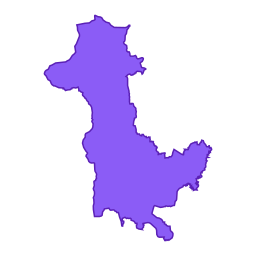 the district of Wang Wiset, Trang, Thailand
{"feature_id": "78962969B96586587830005", "entity_name": "Wang Wiset", "entity_type": "district", "adm_level": 2, "iso_a3": "THA", "parent_name": "Thailand", "parent_adm1": "Trang", "projection": "orthographic", "projection_center": [99.462, 7.753], "detail": "fine", "context": "isolated", "style": "filled", "palette": "violet", "viewbox_px": 256, "rotation_deg": 0, "n_neighbors": 0, "source": "geoboundaries", "source_scale": "gbopen_adm2", "svg_char_len": 5877}
<svg xmlns="http://www.w3.org/2000/svg" viewBox="0 0 256 256"><path d="M95.2,15.4L94.8,15.5L94.7,16.2L95.0,19.6L93.8,20.4L92.0,20.8L89.4,22.9L84.8,23.3L76.8,24.9L77.4,26.9L77.6,30.2L79.4,34.1L79.5,36.1L76.4,43.9L74.8,46.3L75.7,52.2L74.3,53.9L72.4,55.4L70.2,58.9L68.8,60.2L67.3,60.8L65.8,61.9L55.6,63.0L51.9,65.1L49.9,65.8L48.3,69.2L46.2,70.3L45.1,71.4L44.4,73.3L44.6,74.4L46.1,75.9L48.0,79.6L50.2,80.9L51.3,83.6L52.1,84.7L53.8,85.9L54.9,85.9L58.8,87.7L63.4,88.0L63.1,88.8L64.4,89.1L65.4,90.5L67.7,89.9L70.2,89.7L70.5,89.2L71.8,88.8L71.9,88.1L73.8,87.6L75.8,88.0L78.1,87.1L78.8,89.2L78.8,90.8L80.0,91.0L80.9,91.9L82.8,92.6L82.5,94.7L82.7,95.4L84.6,97.3L84.9,98.1L85.7,98.4L87.1,100.9L88.3,101.8L88.7,103.9L90.5,105.2L91.6,107.3L92.4,112.7L92.0,115.7L92.2,117.7L91.8,118.4L92.8,119.8L91.9,121.0L91.9,121.6L93.1,123.7L92.8,127.0L92.2,128.7L89.5,131.6L85.7,133.6L85.2,134.8L85.2,137.2L83.2,140.0L82.5,143.1L83.7,147.4L85.9,151.1L87.5,152.9L87.4,153.6L86.3,154.9L86.0,156.2L88.1,159.3L88.8,161.4L90.1,162.6L91.6,163.0L93.8,162.8L94.5,163.3L94.8,169.7L95.1,171.3L96.4,173.5L96.6,174.6L96.2,176.4L96.5,178.4L95.8,179.2L95.6,180.4L94.2,181.1L93.9,181.7L94.3,185.6L93.3,188.5L93.6,189.8L94.4,191.4L94.5,193.5L94.3,195.3L93.3,197.7L93.8,199.6L94.0,203.2L93.3,205.9L93.4,209.5L94.5,216.5L99.5,216.5L101.3,216.0L102.1,215.3L102.6,211.9L104.1,209.9L104.4,208.9L108.9,208.2L109.8,209.7L110.6,210.2L113.5,209.9L114.5,210.3L115.1,211.3L116.3,211.5L116.9,212.6L118.4,212.5L119.6,217.2L121.2,221.4L121.8,225.9L122.6,226.1L122.8,224.5L123.7,223.0L123.8,221.8L123.7,221.2L122.6,221.0L122.1,219.0L122.5,218.4L125.0,217.3L126.5,218.5L127.7,218.1L128.7,218.5L130.5,218.3L131.1,218.9L131.1,220.2L133.7,221.1L134.8,222.2L135.4,223.5L136.9,223.3L137.0,224.5L136.4,225.7L136.7,227.9L138.8,229.0L142.0,229.5L141.7,229.2L143.5,227.1L143.4,226.0L143.9,225.5L143.8,224.9L143.5,225.1L143.2,224.8L143.0,223.5L147.4,222.6L149.1,222.7L150.5,223.4L156.0,228.4L156.6,230.3L156.8,234.5L157.8,236.5L159.2,237.2L164.1,237.1L163.6,238.3L164.9,240.6L165.2,240.6L165.7,240.0L166.1,240.4L166.6,239.9L167.4,239.9L167.6,240.2L168.5,239.7L168.9,240.2L172.1,237.9L172.8,235.9L173.0,233.8L172.4,232.4L171.0,231.3L170.4,230.2L170.0,226.2L167.9,226.2L166.2,225.2L166.1,224.5L164.4,223.8L164.6,222.1L163.0,222.1L162.3,220.3L161.4,219.3L159.2,218.1L156.9,217.7L152.1,213.9L152.0,213.1L153.9,206.3L154.7,205.6L160.5,207.4L163.1,207.0L164.4,206.5L165.1,206.7L166.0,205.9L167.8,206.4L169.8,206.1L170.6,206.6L173.2,205.5L174.4,205.4L175.2,201.3L176.2,200.5L176.6,199.4L177.1,191.6L177.6,190.6L179.3,188.5L183.0,186.7L183.4,185.4L184.9,185.2L185.3,185.7L185.6,185.1L186.4,185.8L187.3,185.4L186.8,184.1L187.8,183.9L188.1,183.3L188.9,183.5L188.7,184.1L189.9,184.1L189.5,184.6L190.1,185.3L190.4,185.0L190.8,185.5L191.5,185.4L191.0,186.8L190.0,187.2L191.2,188.3L192.2,187.1L192.7,187.1L192.8,187.5L192.3,187.8L192.3,188.8L192.8,188.3L193.4,188.5L193.4,190.4L195.0,189.8L197.1,190.0L196.4,188.6L198.3,186.4L198.5,185.1L198.1,184.6L197.0,184.8L196.6,184.4L197.7,183.7L198.4,182.0L198.0,181.7L196.2,183.1L195.9,183.1L196.9,181.6L196.2,178.8L198.4,178.6L198.4,178.1L197.5,177.4L198.0,176.6L199.5,176.2L199.3,177.5L199.8,178.0L201.8,176.7L201.8,176.0L201.0,175.1L200.6,174.1L201.1,172.3L201.4,172.0L202.0,172.6L202.6,170.9L204.9,169.8L204.5,168.4L205.8,166.9L205.6,164.1L206.0,163.3L206.0,162.4L207.1,160.9L206.1,160.3L206.4,159.4L206.2,158.1L207.0,157.5L208.4,157.4L207.1,156.7L207.3,154.7L208.5,155.0L208.3,154.1L209.2,153.5L208.7,152.4L208.9,151.2L209.3,151.3L209.7,152.3L210.4,152.4L210.3,150.9L211.6,149.7L211.4,148.4L210.9,147.6L210.1,148.1L209.6,148.0L209.3,145.8L208.9,145.8L208.5,146.8L206.6,146.6L205.6,144.6L204.0,142.8L203.3,140.7L201.7,140.2L201.2,142.2L200.8,142.1L200.5,142.5L199.4,144.1L199.5,144.7L197.3,144.6L196.9,141.9L195.6,142.5L195.0,142.0L194.0,142.8L193.3,142.8L190.8,144.0L189.6,145.8L189.5,146.6L188.7,147.2L188.7,148.0L188.0,148.0L188.2,149.5L186.9,149.7L186.2,149.3L184.6,149.3L185.1,149.8L185.1,150.3L184.1,151.1L183.7,152.7L183.3,153.2L183.7,153.7L183.5,154.7L182.8,154.7L181.5,154.2L174.0,149.4L172.8,152.6L172.3,155.2L171.1,156.8L169.3,156.7L168.6,157.7L166.5,157.7L165.0,158.0L164.6,154.5L165.1,153.5L164.9,152.9L161.2,153.4L161.0,154.1L159.4,153.8L158.7,154.5L158.2,154.5L158.5,152.4L157.1,151.6L156.2,150.3L156.4,148.2L157.0,148.0L157.1,147.2L156.4,146.9L156.2,146.2L155.0,146.0L155.0,145.5L154.3,145.3L153.9,144.5L154.1,144.1L153.2,142.8L153.4,141.8L153.0,141.4L151.7,141.7L151.5,141.3L150.1,141.7L149.9,141.2L150.2,139.0L149.7,138.2L150.0,137.2L148.6,137.0L148.5,137.3L147.3,137.6L146.4,137.6L146.2,136.5L145.0,136.6L143.9,135.7L143.3,134.5L142.0,134.5L141.7,135.8L140.2,135.4L139.4,134.0L137.3,134.1L137.1,133.1L136.2,132.6L136.1,129.3L135.1,125.8L133.5,125.6L133.3,125.2L133.7,121.6L134.0,120.2L134.4,119.7L134.4,118.3L136.1,117.5L136.3,116.3L135.9,114.2L136.3,111.2L135.8,110.2L135.9,108.8L135.7,108.1L133.9,106.3L133.1,103.6L132.1,103.4L131.4,103.5L131.3,104.0L129.8,103.9L129.4,100.9L129.7,100.0L129.4,99.2L129.6,96.8L129.2,95.4L129.4,93.5L129.0,92.7L129.0,91.1L127.6,85.6L127.6,78.6L127.1,77.0L126.0,76.5L128.0,74.6L129.8,74.0L131.1,75.2L132.9,74.9L132.9,74.5L134.8,73.8L135.0,73.0L135.9,73.0L136.3,71.8L137.2,71.3L140.8,71.6L141.4,72.2L142.1,74.1L142.8,73.5L144.2,69.9L145.7,69.3L145.8,68.9L144.6,68.1L141.6,67.5L140.2,63.1L140.4,62.6L142.2,61.5L143.2,59.6L143.3,58.4L142.7,57.8L141.8,57.7L138.5,58.8L137.5,58.8L136.5,57.7L136.4,56.7L135.5,55.5L133.1,56.2L130.5,56.1L130.0,55.4L129.8,53.4L129.2,51.9L127.8,51.9L126.9,51.2L126.6,50.1L126.6,49.3L127.0,48.4L126.6,45.5L124.4,44.1L123.7,43.1L123.7,42.1L124.6,41.2L125.0,39.8L125.2,35.4L126.4,33.6L127.0,29.8L128.4,28.2L129.1,26.6L129.9,26.0L129.7,25.2L129.0,25.2L127.5,26.7L126.5,27.3L125.1,27.6L114.2,27.4L110.8,25.2L109.2,23.0L106.0,22.1L103.2,20.1L101.7,17.7L100.3,17.0L98.0,16.7L95.2,15.4Z" fill="#8b5cf6" stroke="#5b21b6" stroke-width="1.5"/></svg>